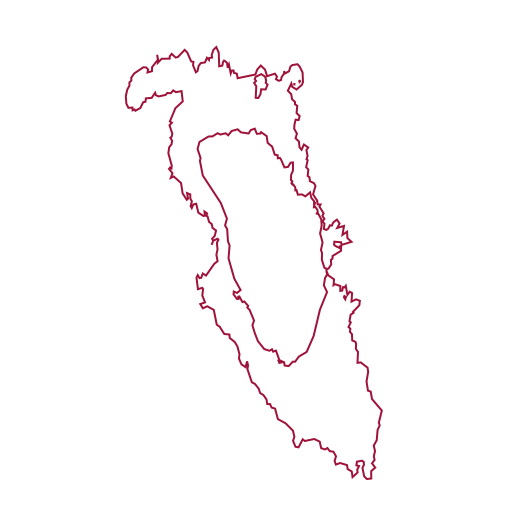 outline of Danau Toba, Sumatera Utara, Indonesia, rotated 192°
{"feature_id": "22746128B58041142516585", "entity_name": "Danau Toba", "entity_type": "district", "adm_level": 2, "iso_a3": "IDN", "parent_name": "Indonesia", "parent_adm1": "Sumatera Utara", "projection": "equal_earth", "projection_center": [98.807, 2.61], "detail": "fine", "context": "isolated", "style": "outline", "palette": "rose", "viewbox_px": 512, "rotation_deg": 192, "n_neighbors": 0, "source": "geoboundaries", "source_scale": "gbopen_adm2", "svg_char_len": 6097}
<svg xmlns="http://www.w3.org/2000/svg" viewBox="0 0 512 512"><g transform="rotate(192 256 256)"><path d="M123.7,170.0L131.4,173.7L134.5,172.6L136.3,183.4L139.0,185.9L139.8,190.8L140.9,192.7L144.3,193.4L145.9,199.5L148.4,201.4L148.6,204.5L150.7,205.7L149.5,210.8L151.0,211.5L151.2,218.3L148.8,220.7L149.6,221.4L144.7,229.3L145.1,233.8L149.1,234.4L153.1,231.3L154.3,239.7L156.8,240.6L158.5,237.0L162.0,245.5L162.8,243.7L164.4,243.7L164.5,240.0L166.3,239.4L167.3,244.2L173.0,244.8L174.1,243.6L174.8,249.4L181.3,252.1L183.9,256.0L184.2,258.0L182.5,258.7L180.7,263.4L181.9,267.8L180.6,269.3L181.1,271.9L174.0,278.7L174.7,283.2L176.2,282.8L176.2,281.2L180.6,282.4L182.0,283.3L182.3,286.3L175.6,287.1L174.7,284.6L165.5,289.7L170.3,292.5L172.0,298.7L175.8,294.6L176.2,303.7L182.4,300.3L181.0,305.1L184.4,308.4L187.3,305.1L188.2,301.4L190.1,301.4L191.1,297.7L192.7,296.1L195.3,296.6L195.7,301.8L198.2,303.8L196.8,306.5L199.4,309.1L198.7,311.7L204.3,317.6L203.6,319.8L206.5,319.3L207.6,322.8L213.0,328.1L212.4,336.9L214.3,339.2L218.8,340.4L220.1,344.2L222.1,345.0L222.8,351.5L225.4,353.3L225.4,360.5L226.7,361.2L226.4,364.7L228.7,370.0L227.5,373.0L232.3,375.0L233.5,369.4L236.0,371.3L237.8,376.9L241.8,379.4L241.4,384.2L245.1,388.4L245.7,392.5L245.6,397.6L242.6,397.8L242.4,402.0L246.0,404.2L246.9,411.5L249.5,412.6L249.8,414.8L253.3,416.8L255.2,421.6L259.2,424.3L257.3,432.1L255.8,429.0L250.9,427.3L246.7,433.0L246.2,435.9L248.6,445.2L252.8,450.5L255.3,452.2L260.2,450.3L261.7,448.4L262.1,443.6L265.3,440.8L267.0,442.6L266.4,440.3L268.2,436.2L268.1,433.3L270.2,432.1L273.2,433.1L272.8,435.8L275.4,438.3L282.5,434.2L285.9,440.2L290.9,443.3L293.6,438.6L294.3,433.4L310.9,426.1L312.7,430.4L315.6,430.5L316.6,432.8L318.4,432.3L318.7,429.4L322.3,437.7L322.8,434.2L324.4,438.7L326.5,440.1L327.9,440.5L328.6,438.7L328.5,435.3L331.4,433.9L334.8,447.3L338.3,452.1L340.6,448.6L341.1,443.4L340.2,441.0L343.1,439.8L342.8,438.0L345.2,439.7L346.1,434.8L350.1,433.2L351.6,430.1L351.7,424.6L353.0,423.2L357.2,429.4L357.6,432.9L359.8,432.8L365.5,440.7L368.6,442.8L373.8,434.4L375.9,433.4L380.5,436.2L381.9,433.4L381.5,431.1L389.3,429.3L392.0,424.9L392.1,426.4L394.5,432.3L392.8,427.5L396.9,419.2L396.2,415.1L400.3,413.0L400.3,416.0L402.6,417.6L405.4,417.2L413.1,409.2L415.1,404.4L414.4,401.7L415.9,399.4L415.2,396.3L416.5,392.0L416.6,385.4L414.5,378.1L411.6,374.4L407.7,375.5L407.0,372.9L405.3,374.1L404.2,373.0L399.9,376.7L398.3,383.0L396.2,383.9L396.5,387.3L390.9,389.0L388.6,394.7L387.3,392.4L384.3,391.9L378.0,394.7L376.6,397.0L373.2,397.5L371.4,400.8L368.4,399.6L363.1,401.8L359.8,392.0L365.6,383.8L368.2,369.7L366.0,368.9L367.8,365.9L363.3,358.3L363.3,355.1L364.4,353.9L362.0,351.2L361.9,347.7L363.5,344.3L363.1,338.3L357.2,326.9L356.9,324.1L358.4,324.7L359.2,323.1L354.9,319.6L355.6,314.7L353.0,316.7L344.5,311.8L340.8,302.0L335.4,296.6L334.4,298.0L336.5,303.2L333.1,302.6L332.2,298.5L330.1,296.2L330.3,291.2L328.8,289.5L328.0,293.4L325.4,294.7L321.4,286.4L315.8,284.2L314.5,284.8L315.6,288.8L312.7,287.5L313.1,284.9L311.7,284.8L309.0,279.6L305.9,278.0L304.4,274.5L300.4,272.6L300.5,267.3L302.5,263.7L301.0,262.1L301.7,257.6L301.0,262.1L297.2,264.9L296.1,264.0L297.0,260.8L295.0,254.4L295.0,249.0L292.5,243.0L295.3,239.5L300.8,226.5L304.4,227.8L305.1,223.3L306.6,222.6L309.0,225.2L309.7,222.4L305.9,211.5L301.9,213.7L300.9,212.7L300.3,206.2L296.2,200.0L300.5,197.4L297.1,193.8L293.2,196.7L286.1,194.5L280.1,180.7L276.7,179.2L270.8,173.1L265.7,173.7L264.7,170.4L258.9,167.5L255.4,163.7L251.7,156.4L251.4,152.2L247.7,147.0L243.1,145.1L242.8,151.1L241.0,147.2L240.9,143.6L233.8,131.6L230.5,130.7L225.9,126.9L223.4,122.8L219.8,121.5L215.9,117.8L214.2,113.5L211.5,114.1L209.2,111.0L205.6,110.7L200.7,101.0L192.2,98.5L183.5,92.8L180.9,87.2L181.3,82.9L177.7,77.6L174.6,77.7L172.2,86.4L169.8,85.2L161.0,89.1L155.1,87.7L152.3,81.6L148.3,81.1L146.2,83.0L143.2,80.4L139.6,80.7L136.1,76.7L136.5,71.9L134.5,68.6L130.7,71.0L123.5,70.4L122.0,66.6L117.5,65.1L115.6,59.8L111.6,65.4L112.6,68.1L111.5,72.0L114.3,72.1L114.5,75.8L109.8,77.8L107.8,77.0L107.0,74.2L107.8,70.9L104.4,63.0L101.2,60.9L97.0,62.3L98.6,69.5L95.4,73.8L99.4,77.3L97.6,81.2L99.1,84.6L99.0,89.9L101.4,95.0L99.6,100.9L100.9,111.1L99.8,116.1L101.2,118.6L100.8,131.0L112.8,140.2L115.6,147.2L118.5,147.6L121.8,156.2L122.2,166.0L123.7,170.0ZM179.0,235.5L182.3,216.8L183.0,189.7L186.5,172.7L193.2,166.5L195.8,160.7L198.0,160.3L201.2,155.1L205.2,154.8L206.4,157.9L211.5,159.0L216.8,167.6L219.4,166.0L221.0,168.1L223.2,166.1L228.6,166.7L236.4,173.1L241.2,180.4L245.1,187.5L244.5,192.4L251.0,201.9L253.8,203.8L253.3,205.6L258.0,209.1L259.7,208.1L263.9,213.0L264.9,212.5L264.3,210.4L265.6,210.0L270.0,213.8L270.3,216.6L266.9,215.9L264.0,219.5L272.5,229.3L282.4,248.0L284.0,260.7L286.5,264.6L289.8,276.3L292.6,279.5L292.2,286.5L301.4,300.5L324.8,323.7L330.6,337.4L330.6,340.3L335.4,348.5L335.0,355.8L327.3,363.0L323.4,364.0L319.1,368.1L316.1,367.4L311.2,369.7L308.3,368.3L305.8,373.2L300.3,376.1L296.4,373.8L288.7,374.3L287.3,378.1L283.7,380.3L280.6,375.7L277.2,376.7L276.8,378.2L270.5,375.5L268.1,369.1L262.9,366.3L258.7,359.0L255.8,359.1L255.0,356.1L253.0,356.9L251.7,355.7L246.6,348.6L243.2,349.8L241.6,354.4L239.3,355.2L237.6,347.1L238.5,342.7L237.6,337.6L236.0,336.6L236.4,334.4L234.9,333.8L235.4,333.4L235.7,332.8L234.9,333.8L232.0,331.6L231.1,328.4L230.1,328.9L227.8,324.7L223.8,325.8L220.1,324.6L216.3,329.5L214.0,324.4L210.6,321.7L210.0,318.8L209.4,319.5L209.5,315.7L208.0,316.2L205.5,313.8L204.5,311.0L205.4,310.4L205.6,309.3L204.5,311.0L199.9,305.6L198.1,299.5L198.0,291.4L193.7,283.1L193.7,275.3L192.1,272.8L190.8,266.0L186.7,258.8L184.6,258.3L183.7,255.0L182.6,252.9L183.9,248.7L183.5,241.4L179.0,235.5ZM285.3,415.1L286.6,411.0L289.2,410.7L291.0,422.1L293.8,424.9L292.3,427.2L294.0,428.6L293.7,431.0L288.7,435.0L284.4,433.3L282.6,430.0L282.5,427.4L280.3,426.0L281.2,420.9L285.6,420.1L285.3,415.1ZM159.7,232.2L161.4,234.0L161.2,235.2L159.5,234.6L159.7,232.2ZM250.3,437.0L249.2,436.1L249.6,435.4L250.3,437.0ZM209.6,156.9L210.9,156.3L211.7,157.5L209.6,156.9ZM254.1,430.8L254.3,432.2L254.1,432.2L254.1,430.8Z" fill="none" stroke="#9f1239" stroke-width="2"/></g></svg>